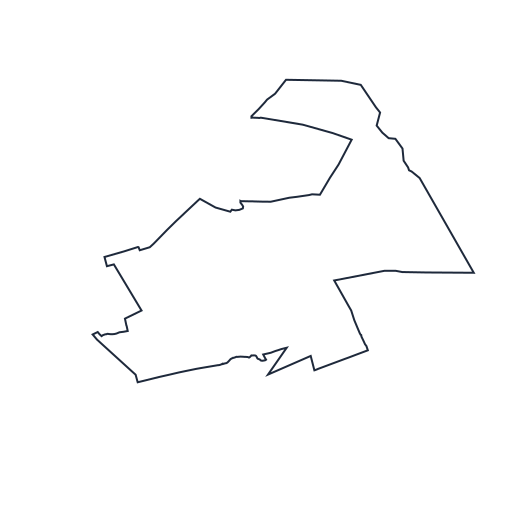 San Pablo Huixtepec, Oaxaca, Mexico (Mercator projection), rotated 150°
{"feature_id": "50627088B78539610756075", "entity_name": "San Pablo Huixtepec", "entity_type": "district", "adm_level": 2, "iso_a3": "MEX", "parent_name": "Mexico", "parent_adm1": "Oaxaca", "projection": "mercator", "projection_center": [-96.794, 16.815], "detail": "fine", "context": "isolated", "style": "outline", "palette": "slate", "viewbox_px": 512, "rotation_deg": 150, "n_neighbors": 0, "source": "geoboundaries", "source_scale": "gbopen_adm2", "svg_char_len": 2706}
<svg xmlns="http://www.w3.org/2000/svg" viewBox="0 0 512 512"><g transform="rotate(150 256 256)"><path d="M77.8,324.9L79.7,351.8L94.5,365.1L111.1,375.1L141.9,393.6L158.3,387.0L168.2,385.9L171.4,384.7L180.2,381.9L190.1,379.3L190.8,378.0L189.9,377.6L189.4,377.4L189.1,377.1L185.6,374.9L184.6,374.2L184.2,373.9L182.7,373.4L149.9,346.4L133.3,329.4L128.3,324.3L115.0,308.9L138.8,293.9L152.8,286.8L170.0,277.1L176.6,281.4L179.7,282.3L191.0,286.8L198.0,289.8L216.0,295.6L222.2,299.2L230.5,304.3L231.4,304.9L235.3,307.2L241.9,311.2L242.0,311.4L242.8,310.0L242.4,307.0L242.4,305.3L243.6,303.8L247.4,304.3L251.0,305.8L253.8,308.2L256.1,307.2L266.8,318.2L276.0,333.6L279.2,332.9L307.8,326.2L319.8,323.1L338.6,317.8L343.6,316.7L353.8,319.1L353.3,322.3L353.7,322.8L368.1,326.0L387.7,330.9L390.2,321.7L383.3,319.8L382.4,266.0L388.0,266.4L400.8,267.3L403.0,260.6L403.0,260.1L404.6,255.2L408.6,256.6L412.4,258.2L415.6,258.6L417.6,259.2L419.1,259.9L420.6,260.7L422.3,261.9L423.4,262.8L424.0,263.0L424.5,263.0L425.9,263.6L428.3,264.0L429.8,263.8L430.6,266.4L431.1,269.3L436.7,269.7L435.5,263.1L421.1,218.0L419.6,213.4L421.6,205.8L413.7,203.5L400.2,199.6L390.9,196.7L389.6,196.3L381.0,193.7L374.9,191.7L364.1,188.1L359.7,186.5L343.6,180.5L343.0,180.3L343.4,180.3L342.0,179.8L340.5,179.5L338.7,179.4L338.7,179.0L336.5,178.5L335.1,178.0L333.7,178.1L333.1,178.3L332.0,178.6L329.6,179.4L328.1,179.4L327.0,179.2L326.8,179.3L326.5,179.1L325.8,178.9L324.9,178.7L323.4,178.5L322.3,177.8L321.4,177.4L320.8,177.1L320.3,176.9L319.9,176.7L318.9,176.1L318.0,175.5L317.1,174.9L316.4,174.4L315.4,173.8L314.5,173.2L313.9,172.8L313.5,172.5L313.3,172.1L313.2,171.9L312.9,171.7L312.7,171.5L312.3,171.5L311.7,171.6L310.5,171.9L310.2,172.0L309.7,172.2L309.4,172.0L309.2,171.9L308.6,171.5L307.9,171.2L307.1,170.7L306.8,170.5L306.3,170.1L306.1,169.8L306.0,169.5L305.9,169.3L305.9,169.2L305.9,168.8L305.9,168.5L305.9,167.6L306.0,166.8L305.9,166.2L305.6,165.9L304.4,164.4L304.3,163.9L304.2,163.4L304.0,163.0L303.5,162.6L303.2,162.3L302.7,162.0L301.6,161.6L300.8,161.3L300.1,161.1L299.1,161.2L299.1,161.5L299.2,162.4L299.0,167.1L293.2,165.3L291.5,164.8L286.6,164.0L284.0,163.4L280.5,162.7L275.3,161.2L304.9,147.3L258.6,142.1L262.6,127.8L262.2,127.7L259.8,127.3L258.7,127.2L230.2,122.4L226.9,121.8L218.3,120.4L206.3,118.4L205.4,122.8L205.7,125.1L205.3,129.2L205.0,133.4L204.4,135.0L204.8,135.6L204.7,137.9L204.6,138.4L204.4,139.8L204.4,140.1L203.0,151.0L202.7,152.5L200.8,161.2L200.8,166.7L200.5,195.7L152.0,178.9L142.5,173.4L137.4,169.0L116.6,156.5L75.8,132.6L75.3,241.7L79.0,251.4L80.6,253.7L80.0,256.7L80.5,264.7L75.4,275.8L76.7,287.8L82.2,291.7L84.9,299.6L86.3,308.6L76.8,318.2L77.8,324.9Z" fill="none" stroke="#1e293b" stroke-width="2"/></g></svg>